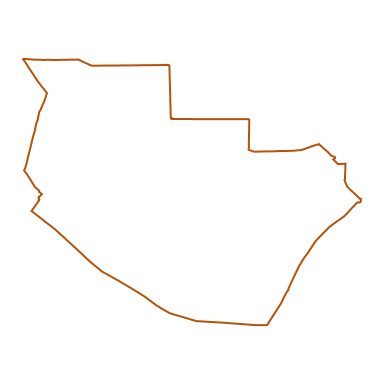 Salcia, Mehedinti, Romania
{"feature_id": "2599482B75915062228014", "entity_name": "Salcia", "entity_type": "district", "adm_level": 2, "iso_a3": "ROU", "parent_name": "Romania", "parent_adm1": "Mehedinti", "projection": "equal_earth", "projection_center": [22.928, 44.139], "detail": "fine", "context": "isolated", "style": "outline", "palette": "amber", "viewbox_px": 384, "rotation_deg": 0, "n_neighbors": 0, "source": "geoboundaries", "source_scale": "gbopen_adm2", "svg_char_len": 4967}
<svg xmlns="http://www.w3.org/2000/svg" viewBox="0 0 384 384"><path d="M360.3,198.9L360.2,198.9L359.8,198.6L357.7,196.6L354.7,193.8L353.7,192.8L353.2,192.4L351.9,191.2L351.7,191.0L350.5,189.9L350.0,189.5L348.9,188.3L348.2,187.6L347.4,186.8L347.1,186.2L345.7,183.2L344.7,180.9L344.5,180.2L344.9,179.6L345.0,178.5L345.0,177.0L345.2,171.7L345.2,171.1L345.3,170.7L345.4,168.3L345.4,167.5L345.3,166.0L345.5,163.7L340.4,164.0L338.0,164.0L336.6,162.8L333.2,159.4L333.3,159.3L333.7,159.1L334.9,158.4L335.1,157.9L335.1,157.6L335.0,157.2L334.6,156.8L333.9,156.6L332.6,156.3L331.9,156.0L331.0,155.3L330.2,154.7L329.8,154.3L329.1,153.3L327.9,152.1L323.8,148.5L319.8,144.9L319.2,144.1L318.9,144.4L318.5,144.6L318.1,144.8L317.1,144.6L316.8,144.6L316.7,144.6L311.9,146.3L310.3,146.9L308.5,147.5L306.9,148.1L301.2,150.1L292.1,150.8L288.0,150.9L284.3,151.0L282.0,151.0L277.7,151.1L275.8,151.2L273.9,151.3L269.0,151.4L266.5,151.4L262.4,151.5L258.8,151.6L254.0,151.7L253.8,151.7L249.4,150.0L248.6,149.7L248.6,149.4L248.8,148.1L248.9,147.4L248.8,141.9L249.0,136.9L249.0,134.3L249.0,132.9L249.0,132.2L249.1,131.5L249.1,129.0L249.2,124.9L249.3,123.7L249.2,119.8L249.2,119.6L249.0,119.4L248.6,119.3L248.5,119.2L248.4,119.1L247.0,119.1L243.2,119.1L240.9,119.1L237.9,119.1L234.3,119.1L233.1,119.1L231.5,119.1L230.9,119.1L227.7,119.1L224.6,119.1L222.4,119.1L216.2,119.1L213.6,119.1L211.5,119.1L208.6,119.1L202.8,119.1L201.6,119.1L199.6,119.1L197.8,119.1L192.8,119.1L191.0,119.0L182.9,119.0L181.3,119.0L176.8,119.0L172.5,119.0L172.2,119.1L171.8,119.1L171.8,118.4L171.5,118.5L171.2,118.5L171.0,118.4L170.8,118.2L170.7,115.6L170.6,114.7L170.6,109.8L170.5,108.7L170.5,106.8L170.4,105.0L170.4,103.1L170.3,102.6L170.3,102.1L170.3,101.7L170.2,100.3L170.3,98.5L170.2,95.4L170.2,93.4L170.1,92.7L170.2,92.4L170.0,88.2L170.0,86.7L169.9,85.8L169.9,84.9L169.8,82.8L169.8,79.9L169.7,79.0L169.7,77.8L169.7,76.2L169.6,74.1L169.6,72.1L169.5,69.5L169.3,65.5L169.2,65.4L169.0,65.2L168.4,65.0L168.0,64.8L167.9,65.0L164.1,65.0L160.7,65.1L157.4,65.1L156.2,65.1L152.9,65.1L149.9,65.2L147.5,65.2L142.0,65.2L140.1,65.3L135.9,65.3L131.6,65.4L129.4,65.4L126.2,65.4L122.9,65.4L120.0,65.5L116.8,65.5L111.8,65.5L110.2,65.6L107.9,65.5L104.5,65.6L102.2,65.6L97.1,65.7L95.0,65.7L91.8,65.7L91.5,65.6L91.3,65.6L91.2,65.4L90.3,65.1L90.0,65.0L89.6,64.9L87.0,63.6L85.9,63.1L83.8,62.2L82.5,61.6L80.8,60.7L78.9,59.8L78.4,59.6L77.8,59.6L77.1,59.6L75.7,59.6L74.3,59.7L70.5,59.7L68.4,59.7L65.8,59.9L63.1,59.8L58.6,59.9L54.1,60.0L53.8,60.0L48.6,59.8L46.9,59.8L45.9,59.8L44.4,60.0L43.4,60.0L41.6,59.8L40.6,59.8L38.1,59.7L35.1,59.7L34.7,59.7L34.3,59.7L34.1,59.7L33.8,59.6L32.9,59.6L32.3,59.5L31.2,59.4L30.1,59.3L29.4,59.2L24.3,58.9L23.4,58.9L23.0,59.1L24.5,61.1L27.6,65.8L29.0,68.1L31.8,72.3L33.2,74.4L34.4,76.2L36.3,79.1L37.9,81.5L39.0,83.0L39.8,83.9L41.3,86.0L43.0,88.0L44.1,89.4L46.8,92.9L46.9,93.1L46.9,93.3L46.2,95.0L45.8,96.8L45.2,98.4L44.9,99.6L43.9,102.3L42.4,105.1L42.3,105.8L41.9,106.7L41.7,107.0L40.4,110.3L39.6,111.3L39.3,111.8L39.2,112.3L38.9,113.3L38.7,115.1L38.1,116.8L38.1,117.4L38.1,117.9L38.0,118.5L37.8,119.5L37.3,121.0L36.7,122.2L36.1,124.4L35.9,125.5L35.5,127.1L35.4,127.7L35.3,128.2L35.2,128.8L35.2,129.2L35.1,129.7L34.8,130.5L34.7,131.0L34.6,131.6L34.1,132.8L34.0,133.5L34.0,133.9L33.8,134.6L33.4,135.3L32.9,137.3L32.3,139.8L31.8,141.2L31.7,142.4L31.5,143.0L31.4,143.6L30.8,145.6L30.8,146.0L30.4,147.9L30.1,148.6L29.9,149.7L28.8,153.7L28.6,154.6L28.4,155.8L28.0,157.0L27.8,157.9L27.8,158.4L27.6,158.8L27.6,159.5L27.4,160.0L25.7,166.7L24.1,170.5L25.3,172.1L26.1,173.1L28.0,175.7L29.1,177.7L30.6,179.9L32.1,182.5L33.1,184.0L33.4,184.5L34.8,186.8L35.8,187.9L38.9,190.4L39.2,190.9L39.1,192.0L39.7,192.3L41.9,194.1L41.4,194.7L40.4,195.7L39.9,196.2L38.5,197.2L38.5,197.5L39.3,199.0L39.3,199.5L38.7,200.0L39.0,200.5L34.9,206.3L31.5,211.0L37.8,215.9L38.4,216.3L39.3,217.0L45.9,222.3L54.8,229.1L64.0,237.5L65.2,238.4L65.5,238.9L78.8,251.1L90.3,261.9L102.4,271.8L116.4,279.5L117.8,280.3L118.7,280.9L130.3,287.7L143.8,296.0L156.5,305.4L161.2,308.3L162.2,308.9L169.7,313.2L196.3,321.1L223.5,322.7L255.2,325.1L267.1,325.1L269.1,321.9L276.3,310.7L281.5,302.6L282.3,300.8L283.9,297.3L285.8,293.8L287.1,291.4L287.4,291.0L287.9,290.7L288.3,290.2L288.4,289.7L288.3,289.1L289.7,286.0L291.6,281.7L293.8,277.1L297.0,270.4L299.2,265.7L299.7,265.0L300.8,263.3L302.2,260.9L304.7,257.1L306.7,254.4L308.0,252.7L309.7,250.1L312.4,246.0L314.5,242.8L316.1,240.6L318.6,238.0L321.0,235.5L323.3,233.2L324.8,231.6L326.5,229.9L328.9,227.5L329.7,226.6L331.2,225.9L332.1,224.8L332.4,224.6L334.2,223.4L337.2,221.2L341.3,218.4L344.3,216.2L347.1,213.3L349.6,210.5L352.3,207.6L354.0,205.9L354.3,205.6L355.0,205.0L355.8,203.8L355.9,203.6L356.2,203.3L356.6,203.0L356.9,202.8L357.3,202.6L357.6,202.4L357.9,202.4L358.4,202.4L358.7,202.5L359.0,202.5L359.4,202.5L360.1,202.3L360.3,202.1L360.5,201.9L360.8,201.2L360.9,200.9L361.0,200.5L361.0,200.1L360.9,199.8L360.8,199.6L360.5,199.3L360.2,199.0L360.3,198.9Z" fill="none" stroke="#b45309" stroke-width="2"/></svg>